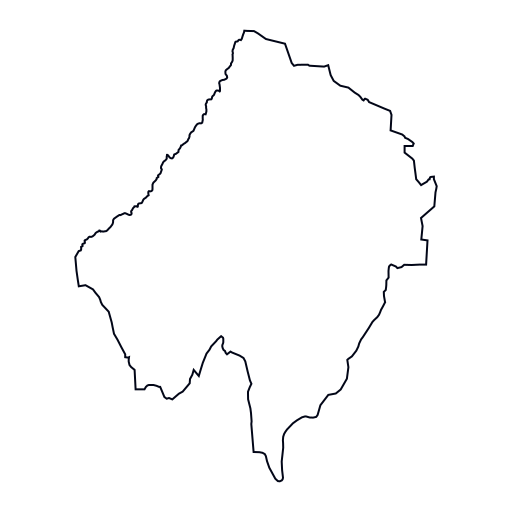 Otmah, Dhamar, Yemen (Equal Earth projection)
{"feature_id": "15242507B73585871072840", "entity_name": "Otmah", "entity_type": "district", "adm_level": 2, "iso_a3": "YEM", "parent_name": "Yemen", "parent_adm1": "Dhamar", "projection": "equal_earth", "projection_center": [43.928, 14.474], "detail": "fine", "context": "isolated", "style": "outline", "palette": "ink", "viewbox_px": 512, "rotation_deg": 0, "n_neighbors": 0, "source": "geoboundaries", "source_scale": "gbopen_adm2", "svg_char_len": 5980}
<svg xmlns="http://www.w3.org/2000/svg" viewBox="0 0 512 512"><path d="M385.1,302.3L384.9,301.2L384.0,296.1L383.9,294.2L383.8,291.9L385.8,289.9L385.9,288.7L386.1,287.3L386.3,285.0L386.4,280.4L388.6,277.6L388.5,271.0L388.8,267.9L389.1,266.4L390.4,265.0L391.2,264.5L395.9,266.5L397.4,268.1L401.5,267.1L404.2,264.8L411.7,265.0L419.5,264.6L426.1,264.6L427.5,240.4L421.3,239.5L422.6,226.1L421.0,218.0L434.3,206.4L435.5,192.3L436.3,188.7L436.7,186.2L433.9,179.2L433.9,176.6L431.2,176.9L430.4,177.1L430.0,177.5L429.8,178.3L429.6,179.3L428.6,179.4L426.9,181.7L422.4,184.3L421.1,185.1L418.9,182.3L416.2,179.2L415.5,173.7L414.7,167.7L413.9,160.6L412.3,158.6L404.6,152.6L404.6,146.0L409.6,146.0L412.7,146.0L413.7,143.5L412.3,142.0L408.0,139.0L405.1,137.8L404.8,137.1L404.5,136.4L402.2,134.5L390.6,130.4L391.5,114.9L390.1,110.9L384.4,108.6L369.1,102.1L367.7,99.8L365.2,98.7L364.7,98.8L363.6,100.4L362.4,99.7L360.3,96.8L358.5,95.0L354.7,92.6L348.4,87.6L340.3,85.7L333.7,80.9L330.7,75.2L330.2,73.3L328.2,65.2L324.1,66.6L309.4,65.7L307.9,64.7L297.6,64.8L294.0,65.8L291.7,63.0L285.0,43.7L270.7,40.2L265.9,39.0L257.8,33.3L254.0,31.1L247.2,30.9L244.3,30.7L244.0,32.4L243.1,34.6L242.3,37.1L241.8,38.8L240.9,40.1L240.1,39.8L239.1,39.8L238.5,40.2L237.6,41.4L236.9,41.5L235.7,41.7L235.3,42.1L234.7,44.1L234.2,45.5L233.6,48.2L233.1,49.1L232.7,49.9L232.5,51.3L232.8,52.4L232.9,53.5L232.5,54.5L232.6,55.1L232.7,57.7L232.7,59.4L232.6,60.7L232.0,62.0L231.0,63.5L231.0,64.5L230.9,65.2L229.6,66.7L228.8,67.9L226.9,69.3L225.8,70.3L225.4,71.4L225.4,72.5L225.5,73.9L226.0,74.7L226.8,75.6L227.2,77.3L226.7,78.4L225.8,79.0L224.1,79.8L222.4,80.0L220.6,80.8L219.8,81.3L219.3,82.3L219.2,83.4L219.5,84.2L220.0,87.9L220.0,91.0L219.7,91.4L218.9,90.8L217.9,90.5L216.5,90.5L215.9,91.0L215.2,92.0L214.5,93.5L214.1,94.7L213.4,95.5L212.6,96.1L212.1,97.0L211.8,98.6L211.3,99.3L210.1,99.4L209.1,99.4L207.9,99.8L207.2,100.4L206.9,101.3L206.8,102.5L206.1,103.4L205.7,104.4L205.8,105.4L206.1,106.2L206.1,108.0L206.4,109.4L206.4,111.4L206.0,113.0L205.6,114.3L204.6,114.1L204.1,114.1L203.2,114.8L202.7,115.8L202.7,117.1L202.7,118.5L202.8,119.8L202.2,122.7L201.0,123.4L199.8,123.2L198.6,123.5L197.4,124.0L196.5,125.0L195.7,126.1L195.0,127.2L194.4,128.6L193.9,129.8L193.4,130.9L192.8,131.3L191.1,132.4L189.9,134.2L189.5,135.2L189.5,136.6L188.9,138.4L188.3,139.1L187.7,140.7L187.2,141.4L186.5,141.8L185.3,142.9L183.8,143.8L182.9,144.5L182.2,145.2L181.1,145.5L180.9,146.3L180.4,147.5L179.9,148.4L179.3,149.1L178.6,149.9L178.5,151.0L178.4,152.0L175.8,153.9L174.3,154.4L174.1,154.7L173.9,155.7L173.4,157.1L172.8,157.9L172.1,158.4L171.2,158.3L170.4,158.0L169.6,157.4L169.0,156.6L168.2,155.5L167.5,154.9L167.0,154.9L166.9,155.8L166.7,156.6L166.7,158.7L166.2,159.4L165.3,160.4L164.0,161.3L163.0,162.5L162.6,163.6L161.9,164.9L161.2,166.2L161.0,167.4L161.1,168.5L161.8,169.3L161.7,169.9L160.5,173.3L159.5,174.3L158.4,175.0L158.0,175.7L158.4,176.9L158.1,177.2L157.3,177.6L156.7,178.1L156.6,179.1L155.8,180.3L154.7,181.4L153.4,182.6L152.5,184.6L152.5,189.0L152.4,190.0L151.6,191.0L150.7,191.3L149.9,191.3L149.4,191.2L148.8,191.2L148.3,192.0L148.3,193.3L148.6,195.3L148.2,195.5L147.1,196.3L146.3,197.2L145.7,197.8L145.2,198.1L144.4,198.6L143.7,199.2L143.1,200.1L142.8,200.9L142.0,202.6L141.5,203.1L138.9,203.5L138.4,203.8L138.1,204.2L137.9,205.2L137.8,206.1L137.8,206.6L137.5,206.8L137.3,206.8L136.8,206.5L136.2,206.2L135.8,206.3L135.3,206.3L134.5,206.3L134.2,207.0L133.7,207.5L133.1,208.1L132.5,209.2L132.0,210.2L131.4,210.8L131.2,211.3L131.1,211.9L131.2,212.1L131.6,213.1L131.5,213.9L131.2,214.5L130.3,214.9L129.5,215.0L128.5,214.7L126.7,213.8L125.2,213.2L124.3,213.2L123.6,213.7L122.5,214.1L120.5,215.1L119.9,215.0L119.4,215.0L118.3,215.7L117.2,216.4L114.0,218.7L113.3,219.8L113.1,220.4L113.1,221.6L113.0,222.7L112.4,224.4L110.4,227.1L109.1,228.3L107.2,230.4L106.2,231.1L103.0,231.6L101.8,231.3L100.6,231.6L100.3,231.3L100.0,230.7L99.3,230.5L98.8,231.2L98.3,231.5L97.5,231.7L97.1,232.0L95.9,232.8L95.5,233.2L94.6,234.7L92.8,236.2L91.8,236.7L91.0,236.9L90.3,236.8L89.7,236.7L89.2,236.9L88.6,237.3L87.8,238.5L87.0,239.3L84.8,240.3L84.6,240.6L84.6,241.1L84.8,241.4L84.8,242.2L84.9,242.7L84.7,243.2L82.9,243.8L82.4,244.2L82.3,244.5L82.4,244.9L82.5,245.4L82.6,245.9L82.5,246.2L81.1,246.9L81.2,249.1L80.8,250.4L78.7,251.1L75.3,257.0L76.5,270.8L77.8,279.9L78.8,286.3L85.5,285.2L93.0,289.4L95.4,292.7L99.1,297.1L100.2,299.7L100.9,302.1L102.3,304.9L108.7,311.7L111.7,322.4L112.6,327.1L114.0,333.8L117.5,339.7L121.3,347.1L125.2,354.3L125.2,357.2L128.1,357.6L129.0,357.2L128.7,359.6L128.7,361.6L129.5,365.0L131.1,367.0L134.6,369.9L135.6,389.3L144.5,389.3L145.9,386.9L147.4,385.5L148.8,385.0L153.5,385.0L156.5,385.8L159.1,386.9L160.2,386.9L164.4,397.0L166.7,398.7L169.0,398.0L172.3,399.4L174.6,397.4L178.9,393.7L182.7,391.6L189.7,383.3L190.0,379.0L192.3,374.8L193.7,369.9L198.8,376.0L200.4,370.6L202.8,362.8L205.6,355.9L206.5,353.6L209.5,349.7L211.2,346.4L216.2,341.1L217.3,339.6L221.1,336.2L223.0,337.7L223.3,338.8L223.3,342.2L223.0,343.5L222.5,344.6L222.3,345.4L222.3,346.6L222.8,348.4L223.6,350.0L225.0,351.0L225.7,352.9L227.0,354.3L230.5,351.6L232.0,352.5L239.6,355.6L243.5,358.0L245.3,361.4L247.6,371.3L249.9,380.3L251.4,383.8L249.8,387.1L248.0,391.7L248.0,393.9L248.1,399.3L250.4,408.4L251.0,413.0L251.6,421.4L251.3,424.0L253.6,452.0L259.5,452.2L262.5,452.8L264.8,454.1L265.9,456.2L267.0,461.1L269.3,467.7L275.3,478.7L276.9,480.2L277.9,481.1L279.8,481.3L281.8,480.4L282.6,479.3L283.0,477.7L282.1,470.1L281.7,461.5L283.2,447.8L283.1,443.2L282.9,440.4L283.2,436.8L284.1,434.0L285.3,431.9L287.0,429.5L292.9,423.3L297.0,420.3L302.0,417.3L305.1,416.4L306.3,416.5L309.7,417.5L313.2,417.6L316.2,416.9L317.6,415.0L320.4,405.2L328.3,394.9L335.8,393.5L340.7,389.5L346.9,378.7L348.4,367.2L347.3,359.9L348.3,358.9L351.9,356.4L356.3,350.7L358.3,346.6L359.2,343.4L361.1,339.4L362.7,337.3L368.8,328.0L372.4,322.0L374.2,320.0L377.3,317.1L379.0,314.8L380.1,312.3L381.0,309.9L382.9,306.5L385.0,302.4L385.1,302.3Z" fill="none" stroke="#020617" stroke-width="2"/></svg>